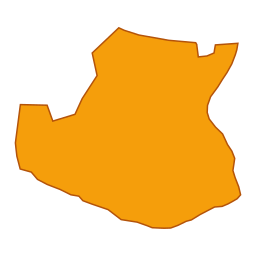 Aboudéia, Salamat, Chad (Albers equal-area conic projection)
{"feature_id": "50815135B13353907786726", "entity_name": "Aboudéia", "entity_type": "district", "adm_level": 2, "iso_a3": "TCD", "parent_name": "Chad", "parent_adm1": "Salamat", "projection": "albers", "projection_center": [19.686, 11.562], "detail": "fine", "context": "isolated", "style": "filled", "palette": "amber", "viewbox_px": 256, "rotation_deg": 0, "n_neighbors": 0, "source": "geoboundaries", "source_scale": "gbopen_adm2", "svg_char_len": 996}
<svg xmlns="http://www.w3.org/2000/svg" viewBox="0 0 256 256"><path d="M20.2,169.0L31.3,172.1L37.5,179.4L47.1,184.4L51.7,186.2L60.0,189.4L70.9,194.8L73.9,195.3L76.9,195.8L78.9,196.2L82.9,200.7L92.0,204.1L108.1,209.6L121.1,219.6L137.0,222.1L147.2,225.7L152.2,227.7L158.7,228.0L164.1,228.2L170.7,228.0L177.8,225.4L186.2,221.3L191.4,219.9L200.0,214.6L207.1,210.9L214.6,207.0L222.1,206.4L228.0,203.9L232.4,201.5L237.2,198.7L240.6,194.8L238.7,186.8L235.1,177.6L232.9,170.5L233.8,164.6L234.7,158.4L231.9,151.2L227.5,144.6L222.6,134.0L215.4,127.0L209.2,119.0L207.2,112.5L207.5,105.4L210.6,96.7L217.8,86.9L222.5,79.3L226.9,72.7L231.8,63.9L235.3,54.8L236.8,49.8L237.9,43.3L218.2,44.7L215.4,44.9L214.6,49.3L214.1,52.7L214.0,53.0L206.9,56.0L198.3,56.9L196.8,45.2L196.8,44.6L195.7,42.7L168.7,40.3L138.8,35.0L124.2,30.3L118.8,27.8L92.2,53.0L97.1,75.6L82.2,98.6L75.0,114.3L52.8,121.1L47.1,105.2L20.4,104.6L15.4,142.9L16.1,149.6L16.9,156.3L20.2,169.0Z" fill="#f59e0b" stroke="#b45309" stroke-width="1.5"/></svg>